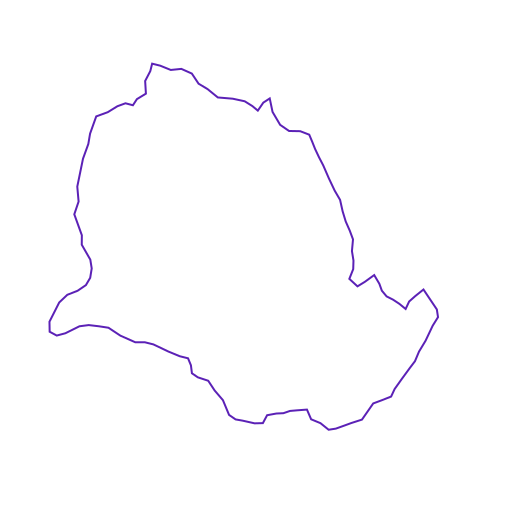 the district of Turiúba, São Paulo, Brazil, rotated 14°
{"feature_id": "56859067B31952652280306", "entity_name": "Turiúba", "entity_type": "district", "adm_level": 2, "iso_a3": "BRA", "parent_name": "Brazil", "parent_adm1": "São Paulo", "projection": "albers", "projection_center": [-50.105, -20.938], "detail": "fine", "context": "isolated", "style": "outline", "palette": "violet", "viewbox_px": 512, "rotation_deg": 14, "n_neighbors": 0, "source": "geoboundaries", "source_scale": "gbopen_adm2", "svg_char_len": 1613}
<svg xmlns="http://www.w3.org/2000/svg" viewBox="0 0 512 512"><g transform="rotate(14 256 256)"><path d="M368.5,407.0L375.2,404.2L382.4,399.4L388.9,395.0L398.4,389.1L405.4,370.7L412.7,365.7L421.1,359.7L422.7,351.5L427.3,339.8L432.4,327.3L435.7,319.6L437.3,309.3L441.0,297.3L442.6,289.4L444.3,280.9L447.4,271.3L444.4,264.1L426.6,248.0L420.2,256.4L415.6,263.1L414.0,271.2L406.6,267.7L399.5,265.2L392.5,263.6L386.5,259.2L382.4,253.1L375.3,245.9L367.8,254.8L361.8,260.9L352.1,255.6L353.5,245.2L351.7,236.9L347.9,228.0L346.1,216.4L340.9,208.8L334.7,200.8L329.2,191.6L324.0,181.2L316.5,173.5L307.9,163.0L299.3,151.8L293.2,144.9L287.4,137.8L283.1,131.8L278.3,125.4L268.7,124.2L257.8,126.7L247.7,122.9L237.2,112.2L231.2,99.8L226.0,105.4L222.6,114.5L216.2,111.4L207.6,108.6L195.4,109.0L180.6,111.4L168.7,105.8L158.6,102.7L149.6,94.5L138.3,92.5L128.3,96.1L117.0,94.5L108.7,94.5L108.7,102.2L106.1,113.0L109.9,125.1L102.5,132.6L100.1,139.5L92.4,139.4L85.3,144.2L77.4,152.3L67.2,159.2L65.4,177.4L66.2,187.9L64.6,203.5L65.8,231.9L70.7,246.1L69.6,259.5L82.0,278.0L84.2,287.2L96.1,299.6L99.6,307.8L100.4,317.3L98.0,325.4L91.3,332.9L82.3,339.3L76.3,348.7L71.5,369.7L74.1,379.4L81.9,381.4L89.7,377.1L101.7,366.9L110.4,363.5L120.5,362.2L130.2,361.3L143.7,366.1L159.7,368.9L169.0,366.6L177.8,366.6L194.1,369.9L206.2,371.7L214.8,371.7L219.3,377.8L222.2,385.3L228.9,387.8L239.8,388.6L248.4,396.5L258.8,403.9L268.3,416.7L275.7,419.5L282.8,419.0L295.1,418.7L303.1,416.5L305.3,407.8L313.9,403.9L320.6,401.9L326.5,398.1L333.2,395.8L342.6,392.7L349.0,401.1L359.0,402.6L368.5,407.0Z" fill="none" stroke="#5b21b6" stroke-width="2"/></g></svg>